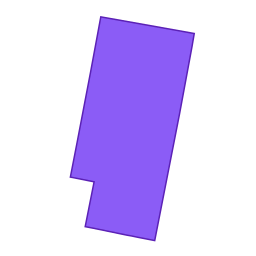 the district of Slope, North Dakota, United States of America, rotated 281°
{"feature_id": "52423323B48039047752616", "entity_name": "Slope", "entity_type": "district", "adm_level": 2, "iso_a3": "USA", "parent_name": "United States of America", "parent_adm1": "North Dakota", "projection": "albers", "projection_center": [-103.638, 46.455], "detail": "fine", "context": "isolated", "style": "filled", "palette": "violet", "viewbox_px": 256, "rotation_deg": 281, "n_neighbors": 0, "source": "geoboundaries", "source_scale": "gbopen_adm2", "svg_char_len": 349}
<svg xmlns="http://www.w3.org/2000/svg" viewBox="0 0 256 256"><g transform="rotate(281 128 128)"><path d="M175.2,80.6L104.6,80.8L68.8,80.8L68.7,105.0L23.0,104.8L23.0,113.2L22.6,147.5L22.7,152.1L22.6,158.9L22.6,163.7L22.6,175.7L151.4,175.9L220.1,175.3L233.4,175.0L231.9,80.1L175.2,80.6Z" fill="#8b5cf6" stroke="#5b21b6" stroke-width="1.5"/></g></svg>